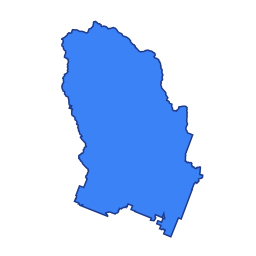 Dungog, New South Wales, Australia (Albers equal-area conic projection), rotated 12°
{"feature_id": "25037944B39236446518145", "entity_name": "Dungog", "entity_type": "district", "adm_level": 2, "iso_a3": "AUS", "parent_name": "Australia", "parent_adm1": "New South Wales", "projection": "albers", "projection_center": [151.601, -32.347], "detail": "fine", "context": "isolated", "style": "filled", "palette": "blue", "viewbox_px": 256, "rotation_deg": 12, "n_neighbors": 0, "source": "geoboundaries", "source_scale": "gbopen_adm2", "svg_char_len": 5712}
<svg xmlns="http://www.w3.org/2000/svg" viewBox="0 0 256 256"><g transform="rotate(12 128 128)"><path d="M46.4,61.5L47.2,61.6L47.5,61.8L48.5,64.0L49.6,65.1L50.7,65.5L51.3,66.5L51.3,67.7L51.5,68.4L51.0,70.2L51.1,70.4L51.1,72.0L52.8,72.5L53.3,72.4L54.1,72.9L54.2,73.2L55.1,73.2L55.6,75.0L56.1,75.6L55.5,78.6L56.5,79.8L56.5,80.1L56.0,80.8L56.3,81.6L57.1,82.5L57.2,83.0L56.8,83.4L56.8,84.5L57.0,84.9L57.5,85.3L56.8,87.1L54.7,88.8L55.2,89.6L54.6,91.2L54.1,91.8L54.1,92.5L53.9,93.0L54.6,93.6L55.5,96.7L55.2,97.9L55.0,98.1L54.7,98.7L55.0,100.0L54.5,100.9L55.0,101.8L55.2,102.7L57.0,105.4L58.5,105.6L58.9,108.0L59.6,108.3L60.5,109.6L62.2,109.9L63.2,110.4L63.7,111.7L64.1,112.4L64.1,112.8L64.7,113.9L64.8,115.2L65.7,117.6L68.3,118.0L68.1,119.5L66.6,119.3L66.4,120.8L69.2,121.2L69.3,121.0L69.8,121.1L69.3,123.0L69.6,123.7L69.9,125.7L70.4,126.8L71.2,127.5L71.7,127.5L73.9,128.7L74.2,129.6L74.2,130.4L74.6,131.0L75.8,131.5L76.8,132.6L77.0,133.2L76.9,134.1L77.1,134.5L76.9,134.8L77.2,135.2L78.6,135.4L78.9,136.4L78.7,138.0L79.0,138.1L79.2,138.7L79.7,139.0L80.2,141.0L81.0,141.3L81.1,142.0L82.5,144.3L83.5,144.5L84.7,145.6L84.2,146.1L83.7,146.3L83.4,146.7L83.5,147.3L84.4,147.8L85.3,148.8L86.9,149.7L87.3,150.3L87.9,150.5L89.7,151.8L89.6,152.0L90.0,153.5L91.2,154.7L91.1,154.9L89.9,155.5L89.3,156.8L89.5,157.8L88.9,158.5L88.9,159.0L89.5,160.6L89.0,162.0L88.7,162.2L87.9,162.3L87.5,162.8L87.2,163.8L85.9,164.7L85.6,165.4L86.1,166.8L86.4,167.2L86.0,167.3L86.1,167.7L86.4,168.2L87.5,168.7L87.8,169.3L88.6,169.8L88.6,170.2L90.0,170.8L91.0,172.3L94.1,174.6L95.9,175.7L97.1,176.2L97.6,176.7L97.6,177.3L98.3,178.3L98.2,179.4L97.8,180.0L97.7,182.6L96.9,183.2L97.0,184.1L96.8,184.8L97.4,185.6L98.1,185.9L98.3,186.4L98.6,186.4L97.0,195.4L92.6,194.7L91.1,204.8L91.8,204.9L92.0,207.4L91.8,207.4L91.5,208.8L91.3,208.6L90.9,210.9L95.5,211.7L95.4,212.4L95.8,212.2L96.8,213.5L97.8,213.8L99.0,212.5L99.6,212.5L99.3,214.0L126.4,218.6L126.4,218.3L126.1,217.6L124.0,216.2L123.7,216.0L123.8,215.7L127.4,213.9L133.3,214.8L134.0,213.8L135.1,213.3L135.7,212.7L136.1,211.5L135.6,210.9L135.6,210.5L136.4,209.9L136.5,209.3L136.4,208.4L138.4,208.5L139.0,207.5L140.2,206.7L140.9,206.6L141.8,205.7L142.0,205.7L142.6,206.1L142.8,204.9L143.5,205.1L143.9,202.3L148.6,203.1L147.9,207.1L152.4,207.9L152.3,208.3L169.6,211.3L169.2,213.5L169.4,213.5L172.5,213.3L172.8,213.2L173.2,212.4L173.8,210.1L173.5,209.7L172.9,209.3L172.8,209.0L172.9,207.1L180.0,208.5L180.8,204.3L181.8,207.1L182.5,208.1L182.7,209.1L181.1,208.8L180.4,213.1L176.5,212.5L176.0,215.7L180.5,216.5L179.9,219.9L180.7,219.7L181.6,220.4L182.2,220.4L183.5,219.4L184.0,219.5L184.4,220.2L185.6,220.1L184.9,224.1L192.5,225.5L196.0,205.5L198.9,206.0L203.6,174.7L203.3,174.7L204.2,168.8L204.9,168.6L205.0,167.2L205.4,167.0L206.2,167.1L206.8,167.7L207.0,167.5L207.3,166.5L208.1,165.9L208.4,164.9L207.6,163.8L207.6,163.3L208.0,162.9L210.1,162.0L210.3,161.7L211.1,161.0L211.2,160.5L210.9,159.5L211.0,158.9L210.9,158.6L209.8,158.5L209.3,158.7L208.9,158.4L208.1,158.7L207.7,158.4L207.7,157.2L207.5,156.6L207.7,156.0L207.4,154.9L207.2,152.6L207.0,151.4L206.8,151.1L206.3,151.1L206.0,151.4L205.4,151.7L204.9,152.2L204.0,152.0L203.8,152.1L203.3,152.8L203.4,153.3L202.6,153.6L201.9,153.3L201.5,153.4L200.9,153.0L200.5,152.4L198.8,152.5L198.6,151.6L197.7,150.8L197.9,149.5L196.9,148.7L195.3,149.3L194.3,148.9L193.2,149.6L192.9,149.5L192.1,148.5L190.9,148.6L190.8,148.4L190.6,145.8L190.1,144.3L190.2,142.7L189.6,141.9L192.7,121.3L187.1,120.3L186.0,118.3L185.5,118.1L185.0,117.2L184.7,116.6L184.7,114.6L185.4,112.3L185.2,111.9L185.2,111.3L184.5,110.3L183.8,108.8L184.0,108.3L183.6,107.1L183.6,106.2L183.3,104.0L182.7,101.7L182.7,100.4L182.2,99.7L181.8,98.4L181.9,97.4L181.5,96.7L181.6,95.9L181.4,95.7L180.1,94.9L178.7,94.9L176.6,95.5L174.3,96.5L173.6,96.6L173.3,97.1L173.7,98.1L173.0,99.4L172.2,100.2L172.0,101.3L171.7,101.5L170.7,101.3L170.3,101.5L169.7,101.3L168.7,101.6L167.6,100.8L167.7,100.2L167.4,99.3L166.3,98.1L166.0,95.6L163.6,95.2L163.3,95.0L163.0,94.0L162.6,93.6L161.3,93.0L160.2,93.0L160.1,92.6L160.2,91.3L160.7,90.3L160.6,90.0L159.9,89.5L159.4,88.8L158.3,88.1L157.8,86.1L157.3,85.3L152.7,82.0L152.1,80.6L151.1,79.0L151.0,77.8L151.3,77.1L150.6,75.8L151.2,74.2L151.7,73.9L151.7,73.4L151.2,72.1L150.9,71.9L150.7,70.5L151.1,69.6L151.1,68.9L150.6,68.6L150.6,68.0L150.3,67.6L149.4,66.4L149.5,65.2L149.3,64.1L149.0,63.6L147.9,62.9L147.8,62.2L147.3,61.7L147.5,60.8L146.7,59.6L146.7,59.0L146.2,58.1L145.3,57.1L145.2,56.5L144.3,56.1L143.9,54.9L141.5,53.9L139.8,53.9L138.7,53.0L138.5,52.6L139.1,52.2L139.3,51.6L139.4,50.7L138.9,50.1L138.7,49.4L138.2,49.1L136.8,48.9L136.3,48.4L135.1,47.9L133.4,48.1L133.0,47.9L132.6,48.0L132.1,47.7L131.0,47.7L129.5,48.5L129.0,48.5L127.6,49.9L125.0,50.6L124.5,50.9L123.9,50.7L123.5,50.8L122.3,50.1L119.7,48.2L119.2,48.1L119.0,47.7L118.4,47.7L118.0,46.4L117.5,46.0L116.9,45.9L116.8,45.4L115.0,45.1L114.2,44.3L113.1,43.8L113.0,43.5L112.3,42.9L112.4,42.3L112.3,42.1L110.3,40.5L107.7,39.4L103.7,39.0L102.4,37.2L101.0,36.8L99.7,36.8L98.0,35.8L97.5,35.3L97.0,34.6L96.1,34.1L95.7,33.6L94.9,33.1L92.6,32.8L90.4,34.2L89.2,34.5L88.6,35.0L88.3,34.7L87.5,35.0L86.5,33.9L85.7,33.5L83.1,33.3L81.5,34.2L80.9,34.2L80.2,32.7L78.4,32.0L77.3,32.3L75.2,31.0L74.5,30.9L74.2,30.5L72.4,31.3L72.3,32.3L72.6,33.2L72.4,34.4L72.7,35.7L72.0,36.6L71.0,38.4L70.4,38.6L69.3,39.3L68.9,42.1L68.9,42.7L68.0,43.6L67.3,43.7L65.1,43.2L62.5,43.0L60.8,43.6L57.8,42.7L53.3,43.4L53.0,45.1L52.9,45.8L53.1,46.1L53.0,46.5L51.6,47.4L50.9,47.1L50.3,47.2L50.2,47.7L49.3,48.4L49.3,49.5L48.9,50.5L48.2,51.1L47.0,52.7L45.9,53.6L45.0,54.1L44.8,54.4L44.8,55.0L45.7,55.0L46.5,55.9L46.6,56.5L46.5,57.1L46.9,57.5L46.4,58.4L46.5,58.8L46.2,59.1L46.0,60.2L46.4,61.1L46.4,61.5Z" fill="#3b82f6" stroke="#1e3a8a" stroke-width="1.5"/></g></svg>